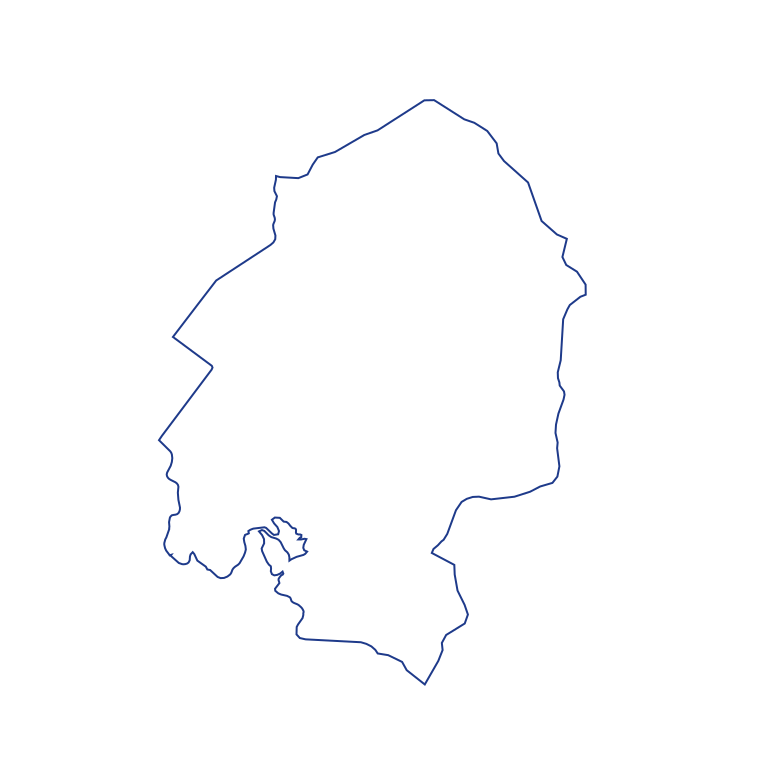 the Province of Khuzestan, rotated 36°
{"feature_id": "IRN-3219", "entity_name": "Khuzestan", "entity_type": "Province", "adm_level": 1, "iso_a3": "IRN", "parent_name": "Iran", "parent_adm1": "", "projection": "albers", "projection_center": [48.994, 31.501], "detail": "fine", "context": "isolated", "style": "outline", "palette": "blue", "viewbox_px": 768, "rotation_deg": 36, "n_neighbors": 0, "source": "natural_earth", "source_scale": "10m", "svg_char_len": 3693}
<svg xmlns="http://www.w3.org/2000/svg" viewBox="0 0 768 768"><g transform="rotate(36 384 384)"><path d="M265.8,587.1L264.1,586.8L262.5,586.0L261.3,584.8L260.6,583.1L259.5,575.5L258.2,571.8L256.3,568.4L253.8,565.7L252.3,564.7L250.7,564.1L235.0,561.7L234.8,556.5L236.1,473.7L235.6,471.5L234.0,470.5L185.6,470.0L186.6,428.4L187.4,398.9L210.4,338.3L211.3,334.5L210.9,330.8L208.9,327.7L203.2,323.3L200.9,320.6L200.4,319.3L199.7,316.3L198.9,314.8L197.8,313.7L195.2,311.9L194.2,310.6L189.1,301.1L188.4,298.1L187.0,295.0L182.0,292.4L179.8,289.8L176.5,282.3L174.4,279.2L178.3,277.7L193.7,267.8L199.0,259.4L197.4,248.4L197.2,239.6L208.0,225.1L221.7,194.1L229.7,182.6L249.9,130.8L257.7,124.9L293.3,122.7L303.5,119.6L318.8,118.6L333.7,123.1L341.1,130.3L350.1,133.1L382.1,136.3L415.7,159.5L436.0,161.4L446.6,159.1L453.7,176.4L461.5,180.6L474.1,179.7L488.7,185.1L494.7,193.2L491.6,198.0L487.9,210.9L488.5,215.9L490.9,226.3L513.0,260.9L517.7,272.4L521.3,277.0L524.9,279.6L527.1,282.0L534.0,284.2L536.4,286.6L538.4,291.1L542.5,305.4L547.0,315.7L551.5,322.8L558.9,329.3L561.8,334.2L574.3,347.5L578.7,357.0L578.4,365.0L570.6,375.1L565.5,385.3L555.8,398.5L538.4,414.4L527.1,419.3L522.2,423.2L518.5,428.2L516.1,433.8L516.4,443.8L523.3,468.1L523.8,475.0L523.0,477.6L522.4,482.8L521.0,488.4L522.0,492.6L547.2,489.0L553.2,496.6L564.9,507.9L579.0,515.3L587.4,521.2L590.1,530.3L581.8,550.5L583.0,559.5L587.8,564.8L590.7,576.1L593.6,603.1L570.6,602.2L562.0,598.2L546.8,600.9L537.3,605.7L533.3,604.2L528.0,603.7L522.5,604.6L517.1,606.5L470.6,636.7L465.2,639.0L460.4,638.0L456.2,631.9L455.8,629.1L455.7,621.3L454.5,618.3L453.4,616.8L453.1,615.9L452.5,615.1L450.9,614.2L449.4,613.6L448.0,613.3L444.8,613.0L443.2,613.2L440.0,614.0L438.2,614.2L436.6,613.9L434.4,612.3L433.2,611.9L430.1,612.4L424.5,614.8L421.5,615.5L417.6,615.2L416.2,613.7L416.4,606.6L415.9,606.1L413.9,604.6L413.3,603.6L413.2,602.7L413.2,600.1L413.5,598.8L414.1,597.7L414.0,596.6L412.2,595.4L411.4,598.4L409.8,601.2L407.7,603.3L405.1,603.7L402.5,602.0L401.2,599.8L399.6,598.0L397.0,597.8L393.6,596.6L383.7,590.9L381.7,589.0L380.7,583.4L378.1,580.0L374.2,577.9L369.5,576.7L371.1,573.9L373.5,573.2L379.6,574.2L382.8,574.1L387.6,572.4L390.4,572.0L393.4,572.7L399.5,575.9L401.6,576.7L404.8,577.0L407.3,578.0L409.3,579.8L411.3,582.5L412.1,580.2L414.9,575.2L419.3,569.6L420.1,567.7L420.3,564.8L417.2,565.4L415.0,564.0L413.6,561.3L412.4,555.1L410.7,555.9L408.4,558.4L406.1,560.1L406.3,557.9L406.5,557.4L407.1,556.6L405.9,554.7L404.6,555.0L403.1,556.1L401.0,556.6L400.1,556.0L398.5,553.6L397.5,553.1L396.5,553.3L395.1,554.1L394.4,554.3L391.4,553.8L388.8,553.0L386.2,552.9L383.7,554.3L378.4,553.5L374.2,556.2L373.1,559.7L377.1,561.4L381.8,562.4L385.5,564.7L386.7,567.8L383.7,570.8L381.2,570.8L373.2,569.7L371.5,570.2L363.4,577.7L362.8,578.5L361.5,580.6L360.7,582.7L362.4,584.3L361.8,585.5L360.8,586.9L360.3,587.8L361.4,591.5L364.0,594.1L367.0,596.4L369.5,599.1L370.7,602.1L371.7,606.0L372.5,613.8L372.2,615.9L370.9,619.4L370.5,621.4L370.5,623.2L371.4,626.5L371.5,628.4L370.5,631.8L368.6,634.9L365.9,637.1L362.8,637.9L352.7,636.7L350.1,637.9L347.2,636.5L336.8,636.6L330.5,633.1L328.1,632.5L327.7,635.5L328.4,637.6L330.4,640.8L330.8,643.2L330.3,644.9L329.2,646.4L327.9,647.6L326.6,648.4L323.2,649.4L312.3,648.3L312.3,647.2L311.5,648.2L311.3,648.6L310.3,648.2L305.7,646.8L303.4,645.5L301.4,643.8L300.4,642.8L299.7,641.7L298.4,638.3L298.1,636.1L295.5,627.5L295.1,627.2L294.2,625.5L291.3,622.1L289.4,618.1L289.2,616.9L289.5,615.0L290.7,613.6L292.1,612.3L293.2,610.8L293.6,609.0L293.3,607.1L292.6,605.4L291.6,603.9L285.8,598.6L281.1,593.1L278.1,588.0L276.7,586.8L275.0,586.2L273.1,586.1L267.6,587.0L265.8,587.1Z" fill="none" stroke="#1e3a8a" stroke-width="2"/></g></svg>